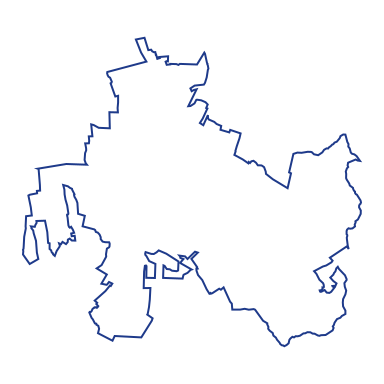 Zorleni, Vaslui, Romania (orthographic projection)
{"feature_id": "2599482B17229332090255", "entity_name": "Zorleni", "entity_type": "district", "adm_level": 2, "iso_a3": "ROU", "parent_name": "Romania", "parent_adm1": "Vaslui", "projection": "orthographic", "projection_center": [27.762, 46.269], "detail": "fine", "context": "isolated", "style": "outline", "palette": "blue", "viewbox_px": 384, "rotation_deg": 0, "n_neighbors": 0, "source": "geoboundaries", "source_scale": "gbopen_adm2", "svg_char_len": 5944}
<svg xmlns="http://www.w3.org/2000/svg" viewBox="0 0 384 384"><path d="M325.6,335.0L332.6,330.4L333.6,327.9L332.8,326.4L333.8,325.1L334.6,322.6L337.0,319.1L340.4,317.7L341.8,316.0L345.4,314.0L345.4,310.6L343.1,306.4L342.8,302.5L343.1,299.1L345.4,294.4L346.2,290.6L344.8,286.7L344.4,283.1L346.6,280.0L346.6,279.1L345.0,275.3L338.9,268.9L337.8,266.8L336.3,268.4L335.4,271.4L334.0,273.1L333.4,274.6L330.3,277.6L333.3,281.0L336.5,283.4L335.2,286.3L334.3,285.8L332.4,286.0L332.6,286.5L334.5,287.5L331.2,291.8L329.4,292.9L326.7,292.6L324.6,290.0L321.4,291.7L320.4,291.8L320.1,291.6L319.7,290.4L321.4,290.1L322.5,288.8L322.5,287.5L323.1,287.7L323.9,287.0L323.7,284.8L323.1,283.2L319.4,279.7L316.4,273.8L314.1,271.2L322.9,266.5L326.2,265.5L331.5,262.3L332.6,260.7L329.9,257.7L346.8,246.4L348.7,249.0L347.8,246.0L346.9,239.0L346.8,237.5L347.3,235.9L347.2,234.9L346.6,234.2L346.6,231.0L347.1,229.6L348.5,228.3L350.2,228.7L352.5,228.4L355.0,226.4L354.7,224.6L355.6,222.5L355.4,221.3L357.9,219.5L360.7,213.9L360.8,210.5L359.1,207.4L359.1,205.8L359.7,204.4L360.5,203.8L361.0,202.4L360.5,200.4L356.9,194.7L355.8,194.1L355.0,192.8L355.0,191.6L353.9,190.6L353.1,188.8L353.0,187.9L349.8,185.5L349.2,183.5L346.6,179.4L346.1,178.1L346.2,173.9L345.8,171.5L346.9,168.4L348.2,167.0L347.6,165.4L348.1,162.7L355.7,159.5L357.5,160.5L360.0,160.9L356.6,156.1L354.4,154.4L351.9,153.7L350.8,152.5L349.7,148.4L348.3,146.6L348.5,144.1L347.3,141.9L345.4,134.6L343.2,134.5L340.5,136.1L339.7,138.2L336.8,141.7L334.5,142.6L333.3,144.2L332.2,144.6L330.7,146.2L328.9,147.4L328.1,148.5L326.5,148.4L324.1,149.8L322.3,152.4L318.2,155.2L314.0,154.3L311.7,152.1L310.6,151.9L307.7,151.8L301.6,152.8L297.4,152.6L293.4,153.9L289.1,172.4L291.0,173.3L287.6,188.2L272.9,179.3L266.0,173.9L265.7,171.5L264.1,167.2L262.2,165.8L261.3,165.4L257.8,165.3L256.0,162.7L253.5,160.8L251.4,161.3L250.0,163.0L248.8,162.0L248.3,163.3L242.7,159.4L234.4,154.9L235.6,151.5L235.4,151.0L236.8,146.2L239.5,138.2L240.6,133.4L230.2,129.9L229.3,132.4L220.5,129.8L221.2,125.9L216.6,124.0L214.3,121.9L208.8,119.5L208.0,118.2L207.9,115.1L203.3,125.2L199.9,123.0L202.7,118.6L207.4,108.5L206.2,108.0L207.7,104.5L205.5,102.2L201.2,100.3L197.0,99.7L196.3,99.9L194.5,103.4L190.5,106.0L188.3,106.2L196.6,89.3L193.8,90.0L191.7,91.2L190.4,88.4L194.6,85.6L203.9,84.6L205.0,82.8L206.7,77.4L207.9,69.7L208.4,68.7L207.8,65.3L207.3,64.2L207.5,63.8L207.0,63.0L205.0,53.8L204.3,52.6L197.0,64.5L179.9,63.9L178.4,64.9L176.4,64.1L170.3,63.9L170.3,64.4L166.7,64.8L165.6,61.7L166.5,61.2L167.9,61.4L168.1,56.3L159.4,57.0L158.9,57.1L159.6,58.1L157.3,58.8L156.1,54.6L155.8,54.7L155.3,52.1L153.9,52.2L152.2,51.3L151.2,49.7L148.3,50.1L144.5,37.8L135.9,39.5L141.1,52.6L146.4,61.6L107.3,72.0L107.1,73.3L107.7,75.3L108.5,76.7L110.1,77.7L111.8,81.7L111.5,82.7L110.6,83.3L115.3,96.5L118.1,95.8L118.1,102.5L117.6,108.0L117.9,112.4L109.4,112.2L109.8,128.3L98.7,127.8L93.6,125.0L91.2,124.4L92.4,136.3L88.8,136.4L89.2,140.8L88.9,143.3L85.2,143.4L86.1,148.1L86.2,150.3L85.1,153.1L84.6,160.0L85.7,163.2L86.9,164.7L66.3,164.0L37.8,168.7L38.6,169.0L39.9,184.9L40.1,190.6L36.9,190.9L37.1,193.3L29.9,194.7L28.4,195.5L30.8,207.3L31.8,215.5L26.1,216.2L25.6,226.3L25.8,228.4L24.2,236.8L23.7,246.2L23.5,248.8L23.0,249.8L23.3,251.0L23.0,254.5L29.7,264.0L38.3,259.0L36.9,252.7L36.0,240.8L33.7,233.3L33.2,230.5L31.4,228.2L31.5,227.3L31.0,226.4L34.8,226.8L35.4,224.9L36.6,222.9L36.4,221.0L45.0,220.7L47.3,232.1L48.1,242.9L49.6,243.3L49.6,249.0L51.1,250.3L51.8,252.5L52.9,253.3L53.1,254.4L54.8,255.9L56.6,251.1L59.7,246.4L59.8,245.5L59.1,243.4L61.0,244.2L62.5,241.9L66.0,244.1L67.7,242.1L67.9,239.6L69.7,238.6L71.8,240.5L75.3,240.6L74.7,235.8L71.7,236.2L71.2,233.5L74.1,232.8L72.9,229.8L71.1,226.8L69.9,227.7L69.0,226.9L68.4,225.3L67.6,217.7L67.1,215.5L67.1,214.7L67.8,214.6L68.3,213.9L68.3,213.0L67.2,205.5L65.5,199.6L64.6,194.4L64.4,189.6L63.2,185.0L67.9,186.3L70.0,187.9L72.0,188.8L72.2,189.8L74.5,194.3L74.0,194.8L74.5,196.8L76.2,199.7L77.4,202.9L78.1,213.8L84.8,215.8L82.6,226.3L94.3,229.4L95.2,230.1L95.8,231.9L97.8,232.6L99.6,234.6L100.7,237.2L100.7,239.1L102.6,241.6L105.2,242.2L109.2,242.3L109.7,243.8L109.5,246.4L109.1,247.3L106.9,248.6L106.0,254.3L106.2,256.5L105.8,257.4L101.6,265.1L96.7,268.4L106.8,274.5L101.4,283.7L106.5,284.8L107.1,284.5L109.0,282.0L112.3,283.6L110.8,286.0L110.0,285.5L105.4,291.1L94.7,300.6L97.2,302.8L96.3,304.0L98.8,306.7L98.2,306.5L96.9,307.8L96.1,307.1L94.8,307.7L94.4,307.4L92.5,309.0L91.5,311.3L90.7,312.0L89.7,311.9L89.3,312.5L91.6,317.9L92.8,319.3L94.9,323.4L96.3,323.7L96.4,324.7L98.3,325.8L99.1,328.8L98.0,333.2L112.5,340.7L114.7,336.0L141.3,337.4L151.8,320.7L152.6,318.3L147.3,314.6L147.7,313.9L149.0,307.1L149.8,299.6L150.4,288.0L143.7,288.1L144.1,271.6L144.9,265.8L146.0,265.5L146.5,266.1L146.3,277.8L154.9,278.0L155.4,263.9L149.2,261.1L146.5,256.2L145.3,254.8L145.2,253.4L145.6,252.1L151.3,253.9L153.8,254.0L156.6,252.3L158.7,250.4L166.3,253.7L178.5,261.5L178.1,270.5L176.7,271.2L172.0,270.7L169.8,269.3L166.7,269.0L164.6,265.9L163.5,265.4L163.1,277.9L182.6,278.6L183.4,275.1L183.9,274.6L187.5,272.9L190.7,269.8L191.6,269.5L180.6,263.2L180.4,262.9L181.3,261.5L183.4,259.1L180.4,257.9L180.0,256.3L179.4,255.6L185.1,256.4L187.5,259.0L195.0,251.7L197.8,252.6L191.4,258.9L197.0,266.9L196.7,267.2L197.6,268.6L196.4,268.9L196.5,270.7L198.0,275.0L202.3,280.1L206.6,289.2L209.4,293.7L210.5,293.0L210.9,293.7L212.3,293.2L219.2,288.7L220.9,289.7L223.6,287.4L230.1,301.7L231.8,303.6L232.3,309.6L240.2,309.6L244.7,308.8L248.8,309.7L253.7,309.1L255.1,309.7L263.1,320.8L267.3,323.3L267.2,324.3L268.4,326.9L268.2,328.5L268.4,329.1L269.8,330.8L272.7,333.0L273.4,335.6L275.9,337.6L277.0,339.7L279.6,342.7L280.3,344.1L281.9,345.3L283.4,345.5L284.3,346.2L286.5,345.1L288.6,343.3L289.4,339.8L290.3,338.6L292.4,336.8L294.0,337.4L295.7,336.2L297.7,336.3L300.0,335.7L303.4,333.4L305.2,333.3L307.4,332.2L310.4,332.3L312.6,333.6L314.6,333.7L317.9,335.5L319.5,335.8L321.0,335.2L325.6,335.0Z" fill="none" stroke="#1e3a8a" stroke-width="2"/></svg>